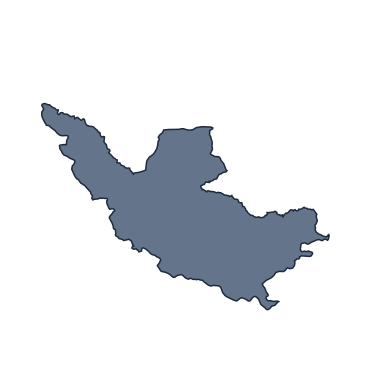 outline of Sacramento, Minas Gerais, Brazil, rotated 338°
{"feature_id": "56859067B64551468531764", "entity_name": "Sacramento", "entity_type": "district", "adm_level": 2, "iso_a3": "BRA", "parent_name": "Brazil", "parent_adm1": "Minas Gerais", "projection": "natural_earth1", "projection_center": [-47.253, -19.856], "detail": "fine", "context": "isolated", "style": "filled", "palette": "slate", "viewbox_px": 384, "rotation_deg": 338, "n_neighbors": 0, "source": "geoboundaries", "source_scale": "gbopen_adm2", "svg_char_len": 6036}
<svg xmlns="http://www.w3.org/2000/svg" viewBox="0 0 384 384"><g transform="rotate(338 192 192)"><path d="M189.0,123.9L187.0,125.9L183.5,127.0L181.8,128.1L181.1,129.0L181.6,130.7L180.7,131.7L179.6,132.3L177.5,136.1L175.3,138.9L172.9,140.8L170.4,142.4L165.5,143.7L162.4,145.7L161.4,146.7L157.3,154.2L155.8,154.4L151.1,154.1L145.2,152.7L144.2,153.4L143.6,150.4L143.0,149.4L142.8,147.9L143.1,146.6L142.1,146.0L141.1,145.8L139.2,144.4L138.6,142.6L136.4,140.6L136.0,139.3L136.1,138.3L135.3,137.6L134.2,137.4L133.4,136.6L134.7,134.3L133.6,133.5L133.1,132.1L132.2,131.1L130.6,126.8L129.4,124.4L130.9,123.6L131.5,122.3L130.9,121.2L130.0,120.5L129.7,119.4L130.3,116.1L129.3,113.5L129.2,112.5L131.5,108.0L130.8,107.4L129.5,107.4L128.4,106.6L128.4,105.0L128.8,102.6L128.3,101.7L127.5,101.7L127.5,99.5L126.3,97.6L125.1,95.0L124.1,93.9L121.3,92.5L120.8,91.8L120.0,91.4L119.1,89.7L119.0,88.4L119.4,84.3L118.4,83.4L117.1,84.0L116.0,84.0L113.9,80.0L112.9,79.7L110.8,80.2L111.1,77.3L107.9,76.8L105.2,72.9L103.5,72.3L102.5,71.6L101.9,70.2L100.8,69.5L99.5,69.3L98.1,70.5L97.1,69.8L96.6,68.6L98.3,66.7L98.7,65.7L97.5,65.3L96.7,64.4L96.2,62.9L95.2,62.2L93.3,59.6L93.0,58.4L92.2,57.5L91.4,57.3L88.8,54.9L87.8,54.5L85.9,54.6L85.1,55.7L85.4,57.0L85.4,59.8L82.8,61.5L81.4,64.6L81.2,67.3L81.5,72.4L81.9,73.7L81.9,75.5L84.5,77.2L85.0,78.7L88.1,84.0L88.9,86.6L90.3,89.2L91.1,90.1L92.7,91.2L96.5,92.5L97.4,93.0L98.0,93.7L97.9,94.7L95.1,97.4L93.2,101.1L91.3,100.1L87.1,99.1L86.4,99.5L85.9,101.6L85.7,102.6L86.3,104.9L86.3,107.3L87.1,109.7L89.9,112.4L91.3,114.8L94.4,117.9L94.9,119.0L94.7,120.1L93.2,121.8L90.6,123.2L89.0,125.9L89.3,133.1L89.6,134.7L90.3,136.9L91.2,137.9L91.7,139.2L91.9,141.1L92.3,142.1L95.0,145.9L97.0,151.7L98.0,153.9L97.7,154.7L97.7,156.0L98.1,157.4L98.0,158.7L96.7,160.3L97.2,162.3L98.0,162.0L102.9,163.3L104.0,162.9L105.6,164.0L107.0,164.2L109.1,165.5L110.5,165.9L110.9,167.1L110.5,168.0L109.7,168.2L109.3,169.0L108.8,171.0L108.9,175.7L109.2,177.2L112.0,177.6L112.8,178.3L113.4,179.7L113.0,180.7L111.1,181.1L109.5,182.4L107.1,183.5L106.2,184.2L105.6,185.3L106.3,191.2L106.2,193.7L105.6,196.2L105.9,197.2L106.8,198.1L106.0,201.5L104.9,203.1L105.0,204.2L106.4,205.7L106.8,207.8L109.2,209.5L110.7,211.5L115.8,212.2L117.2,214.5L117.5,215.7L117.2,217.0L117.6,218.2L117.0,218.9L117.7,220.2L115.9,220.6L115.3,221.5L115.8,222.5L116.8,223.3L119.0,223.8L119.4,225.1L120.2,226.1L120.3,227.6L123.0,227.9L124.1,226.1L125.0,225.4L125.9,225.6L127.3,227.0L128.5,228.9L129.6,230.9L130.2,233.0L130.8,234.0L131.5,235.0L134.1,237.0L134.8,238.7L136.4,240.1L137.5,242.0L137.6,243.2L135.0,245.7L132.3,247.2L133.5,253.5L133.9,254.2L137.1,256.3L139.4,258.6L140.7,260.4L142.2,263.5L143.0,264.3L144.0,264.6L146.9,263.9L150.9,264.5L152.0,265.4L153.8,269.3L155.5,271.1L156.3,271.5L158.5,271.5L160.2,273.4L162.1,274.1L163.1,274.9L165.0,275.2L166.9,276.8L168.8,277.9L169.6,280.1L172.3,284.5L173.2,285.4L174.2,286.2L176.8,286.6L181.6,289.0L182.9,291.0L182.8,296.9L183.7,300.0L184.6,301.7L186.3,303.6L190.2,307.9L191.7,309.1L192.8,309.8L196.9,308.6L198.6,308.8L201.5,311.3L203.2,313.9L204.0,314.5L205.2,314.6L208.3,312.8L210.2,312.2L211.3,312.4L212.1,313.1L213.6,316.1L213.7,321.7L214.1,322.8L215.9,326.0L217.2,328.9L218.2,329.5L220.6,329.2L223.1,327.8L226.4,328.1L230.3,326.2L231.3,326.1L230.6,325.3L226.1,323.7L224.0,322.1L222.1,321.6L221.3,320.6L220.8,318.3L221.5,317.0L223.7,316.7L224.1,315.7L223.4,312.1L223.5,308.0L222.7,306.2L222.8,303.5L227.3,301.8L233.5,301.2L236.6,300.1L239.5,298.0L243.3,298.3L246.8,300.0L249.3,299.6L250.1,298.8L252.0,298.1L253.7,299.6L256.7,300.3L259.0,298.9L259.8,298.0L260.9,296.2L261.2,295.2L261.1,294.3L264.4,293.5L266.0,294.0L267.1,293.6L267.5,292.3L269.8,292.3L276.7,295.7L277.9,296.0L278.7,295.7L280.4,294.7L280.9,293.7L280.6,292.6L279.4,291.9L277.7,290.2L276.0,290.3L274.2,289.0L271.9,288.7L271.1,287.7L270.8,286.6L271.1,285.5L273.6,281.2L274.6,280.8L277.6,281.4L279.1,283.2L280.0,283.8L281.5,283.8L283.9,283.3L290.0,283.2L292.3,283.9L294.0,285.6L295.1,285.9L296.1,285.5L297.8,285.5L298.5,286.0L299.5,287.5L300.4,287.2L302.8,284.0L302.8,282.7L301.8,283.0L301.1,283.7L299.9,283.8L298.9,283.3L296.7,281.7L295.5,280.0L293.7,278.4L292.0,275.3L292.1,273.3L293.1,271.4L293.1,270.2L293.5,269.1L294.1,268.4L295.1,268.1L297.3,265.7L297.6,264.5L297.6,263.3L298.3,260.3L299.4,259.5L298.0,253.6L296.0,253.2L295.6,252.4L293.4,251.5L292.7,250.4L290.7,249.1L290.2,248.1L287.3,248.7L285.7,248.6L284.7,247.9L283.7,248.9L282.3,248.8L281.5,248.1L281.0,247.0L279.8,246.9L278.9,247.6L278.2,246.2L277.2,245.6L276.1,245.6L273.4,247.1L272.3,247.2L271.4,246.7L270.2,247.3L269.2,247.3L267.1,249.1L266.6,248.3L267.0,247.1L265.1,247.0L264.8,245.8L263.6,245.5L262.5,243.9L263.0,242.8L262.3,241.5L261.6,240.9L259.8,241.3L258.7,240.6L255.7,240.0L253.9,239.2L253.9,240.2L253.4,240.9L252.5,240.9L252.0,241.6L251.0,241.3L249.6,242.1L247.2,242.0L245.4,241.1L244.7,240.1L242.6,239.8L240.4,238.3L239.5,236.4L237.8,235.6L236.1,232.5L235.7,230.1L235.0,229.2L235.4,227.3L234.9,226.5L235.0,225.6L234.5,224.8L233.6,224.3L234.1,220.5L233.1,220.4L231.6,219.0L231.7,216.6L231.1,215.7L228.7,214.5L227.7,211.7L227.6,210.1L225.4,210.5L224.7,209.1L223.5,208.9L223.0,208.0L221.0,207.0L219.8,205.2L219.0,204.6L218.6,203.5L216.9,202.9L216.5,202.2L214.4,201.9L213.0,200.5L210.9,199.0L209.5,198.7L208.9,197.8L208.1,197.6L207.4,196.9L206.3,196.8L205.7,197.4L203.6,194.1L202.2,193.7L202.5,192.2L201.8,191.1L202.1,190.2L202.9,189.4L203.8,189.7L205.5,189.3L206.4,189.6L207.3,188.6L208.5,188.0L211.5,189.6L212.0,188.5L212.7,189.4L213.7,189.1L216.3,189.1L217.3,188.5L219.6,189.1L223.1,186.2L225.0,185.8L225.8,186.1L227.6,185.6L231.2,186.0L232.5,185.4L231.9,184.4L232.0,177.6L230.8,173.7L230.8,171.4L230.5,170.3L229.9,169.2L226.6,167.8L223.7,164.4L223.4,163.3L226.9,160.2L227.6,157.8L227.6,156.9L229.0,154.6L229.6,152.2L229.6,149.7L230.0,148.5L229.8,145.3L231.5,141.6L234.6,141.2L235.3,140.5L234.6,139.5L233.3,138.6L225.7,135.2L220.1,133.9L216.2,134.5L213.0,133.8L210.7,132.5L207.6,130.0L205.0,129.2L203.6,129.1L193.5,125.2L189.0,123.9Z" fill="#64748b" stroke="#1e293b" stroke-width="1.5"/></g></svg>